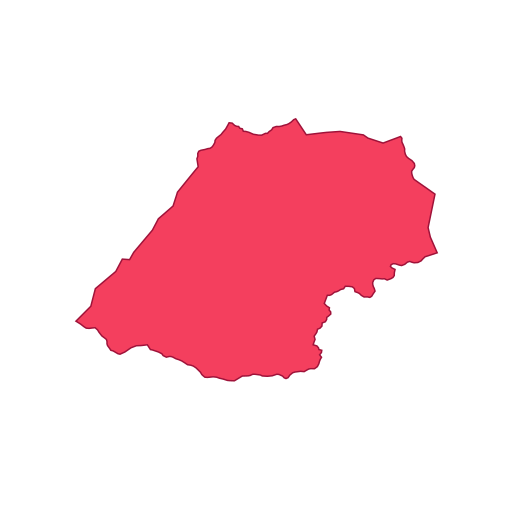 outline of Alto Longá, Piauí, Brazil, rotated 57°
{"feature_id": "56859067B34833436466805", "entity_name": "Alto Longá", "entity_type": "district", "adm_level": 2, "iso_a3": "BRA", "parent_name": "Brazil", "parent_adm1": "Piauí", "projection": "robinson", "projection_center": [-42.12, -5.395], "detail": "fine", "context": "isolated", "style": "filled", "palette": "rose", "viewbox_px": 512, "rotation_deg": 57, "n_neighbors": 0, "source": "geoboundaries", "source_scale": "gbopen_adm2", "svg_char_len": 3333}
<svg xmlns="http://www.w3.org/2000/svg" viewBox="0 0 512 512"><g transform="rotate(57 256 256)"><path d="M352.0,102.3L335.1,99.5L325.9,96.2L301.6,72.2L282.9,79.7L277.8,81.7L275.7,81.6L273.3,81.0L271.3,80.3L269.6,79.2L268.7,77.0L268.1,75.1L266.8,73.7L264.6,72.8L260.9,73.3L257.2,74.9L254.5,75.6L251.9,75.3L249.0,74.3L247.2,73.0L245.4,72.5L242.9,72.0L240.0,71.6L238.3,70.7L236.7,69.5L234.5,69.7L233.3,75.2L231.5,83.3L230.5,87.9L218.1,97.9L212.9,100.0L197.3,117.7L190.6,129.8L187.8,135.4L181.7,147.8L162.6,148.0L162.2,150.1L162.8,153.2L162.9,156.2L162.6,158.5L161.6,161.3L161.0,163.8L160.0,166.1L158.4,168.5L157.6,171.8L158.7,174.2L158.8,177.2L159.4,179.6L158.3,181.2L157.7,185.5L155.9,188.2L154.0,190.2L152.5,191.9L148.5,194.5L145.9,196.8L144.5,198.7L141.9,198.2L140.0,200.0L137.9,200.0L136.8,201.5L134.9,202.8L131.6,203.6L129.6,206.0L130.9,208.3L133.0,212.3L134.2,216.5L135.1,219.1L135.4,222.5L135.7,225.0L136.7,227.3L138.4,228.7L139.9,231.5L140.6,233.4L140.7,235.8L139.7,237.9L138.9,240.7L137.3,244.7L137.0,247.0L138.3,249.0L140.7,250.5L142.3,252.6L149.7,255.9L151.2,260.8L153.8,268.9L159.7,287.1L161.9,289.7L168.9,298.3L171.2,314.6L171.6,317.6L172.8,319.7L176.1,325.6L177.9,328.8L186.3,356.5L190.2,364.0L185.8,369.8L192.6,382.0L195.5,405.2L195.9,408.5L208.2,421.9L212.6,442.5L217.5,440.2L221.6,438.8L224.0,437.7L225.8,435.4L227.1,432.7L228.5,430.0L231.7,429.1L234.3,429.2L239.1,428.8L242.6,427.5L244.6,426.9L246.7,427.6L248.5,428.8L250.3,429.3L253.8,429.1L256.0,429.1L257.8,427.5L262.8,425.0L264.3,423.5L265.1,418.2L264.9,410.8L266.1,405.2L268.6,401.0L271.3,395.5L277.0,395.5L278.3,394.1L283.5,390.0L286.7,388.2L289.0,388.1L292.0,386.3L293.0,383.5L294.0,382.0L295.5,380.8L298.6,379.1L300.9,377.2L303.6,375.4L306.4,374.1L309.9,372.6L312.1,370.1L314.2,368.5L317.2,367.2L320.3,366.5L323.2,365.9L325.9,366.0L327.9,365.5L329.8,364.9L331.4,362.8L334.0,357.7L336.2,355.0L338.6,353.2L341.4,350.5L344.8,347.7L346.3,345.8L348.9,342.1L349.2,332.9L352.2,327.9L353.0,326.0L353.4,323.1L354.6,321.3L358.2,317.1L360.0,316.1L363.1,311.9L365.3,307.6L366.5,302.9L367.9,301.2L371.2,299.1L373.5,298.7L375.1,297.6L375.5,295.4L374.3,292.4L373.9,288.9L374.5,286.6L377.0,281.4L379.2,278.6L379.3,276.2L379.5,273.4L380.2,271.6L382.4,268.3L382.2,264.8L380.6,262.0L378.9,260.1L377.7,258.4L376.6,256.2L373.5,256.5L372.6,253.7L370.9,252.2L368.7,254.2L367.1,253.6L364.6,253.9L361.6,256.4L360.0,254.5L358.1,251.9L354.9,250.9L353.8,248.1L352.9,246.3L350.9,244.3L351.4,241.6L350.7,238.9L348.2,237.0L348.9,233.6L347.7,231.3L346.0,230.1L345.9,228.2L345.4,224.9L343.5,223.8L341.1,224.1L339.4,222.6L336.4,224.0L333.0,224.6L331.2,222.2L329.6,220.0L327.8,217.6L329.1,215.6L329.5,213.6L329.1,209.9L329.9,207.7L330.2,205.8L330.2,203.3L331.2,200.4L330.0,197.6L332.0,194.7L334.3,192.0L336.9,191.2L339.8,192.4L342.0,190.7L343.7,189.7L346.4,189.1L349.2,187.7L351.0,184.8L352.7,183.1L352.8,181.0L351.3,177.8L350.3,175.3L347.6,174.5L345.8,174.3L343.7,173.7L341.8,172.6L340.1,170.1L340.1,167.7L342.2,164.8L344.0,162.6L345.0,160.7L347.6,159.1L348.5,155.2L348.6,152.8L347.7,150.7L345.4,149.1L343.0,146.7L340.2,148.4L338.0,149.0L336.9,147.5L337.1,145.2L338.6,143.2L341.5,140.9L343.3,139.1L344.0,135.7L343.6,132.4L344.3,130.0L346.3,128.5L347.8,127.1L349.6,123.8L350.0,120.1L349.4,118.1L348.7,114.6L349.5,111.8L352.0,102.3Z" fill="#f43f5e" stroke="#9f1239" stroke-width="1.5"/></g></svg>